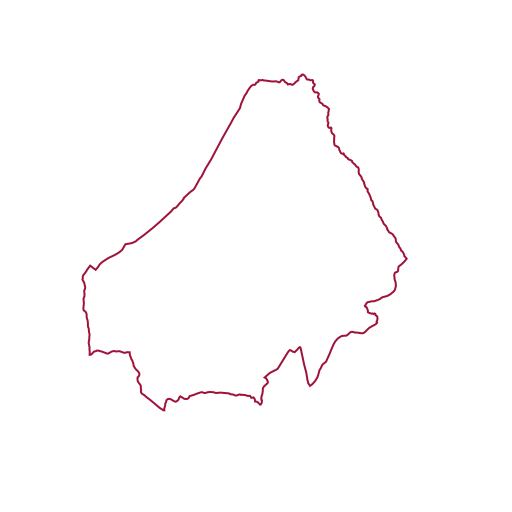 the district of Oshwe, Bandundu, Democratic Republic of the Congo, rotated 211°
{"feature_id": "63176286B4112889633509", "entity_name": "Oshwe", "entity_type": "district", "adm_level": 2, "iso_a3": "COD", "parent_name": "Democratic Republic of the Congo", "parent_adm1": "Bandundu", "projection": "robinson", "projection_center": [19.895, -3.147], "detail": "fine", "context": "isolated", "style": "outline", "palette": "rose", "viewbox_px": 512, "rotation_deg": 211, "n_neighbors": 0, "source": "geoboundaries", "source_scale": "gbopen_adm2", "svg_char_len": 6093}
<svg xmlns="http://www.w3.org/2000/svg" viewBox="0 0 512 512"><g transform="rotate(211 256 256)"><path d="M393.2,162.3L393.6,158.1L393.7,153.7L394.1,151.1L394.1,150.0L393.9,149.2L393.0,147.6L392.6,146.4L389.5,144.6L386.2,141.1L385.7,140.1L385.4,137.8L383.1,134.6L382.2,132.9L382.0,131.0L381.1,129.4L379.1,126.7L377.0,122.1L375.7,120.7L373.4,120.4L372.4,119.9L371.3,119.0L369.8,116.6L368.8,115.4L367.2,114.1L365.5,111.9L364.0,109.4L363.3,108.6L362.5,108.1L361.7,107.3L360.5,105.5L358.1,102.8L357.0,100.4L355.9,98.5L355.2,96.4L354.5,95.1L351.4,91.7L351.0,90.7L349.1,88.1L347.7,85.6L346.8,86.3L346.3,87.4L345.7,90.4L345.2,91.2L344.2,91.9L343.6,93.1L342.1,93.8L338.3,94.8L333.2,95.7L332.5,96.2L330.4,99.9L328.7,101.5L327.1,101.9L324.0,104.1L319.2,105.1L318.5,105.5L316.8,107.3L316.2,107.5L314.7,108.4L313.2,106.3L309.8,103.5L308.4,102.8L305.7,100.6L304.3,98.8L300.9,97.1L298.3,96.5L296.7,96.0L295.7,95.4L295.0,94.5L294.7,93.8L294.6,92.1L295.0,91.1L294.2,89.4L292.7,87.6L288.3,85.7L287.8,85.3L286.6,83.3L285.3,81.8L284.8,80.4L283.8,79.6L282.5,79.2L279.7,79.2L278.5,78.8L272.3,78.1L260.4,76.2L255.8,76.1L255.1,76.5L255.9,77.4L256.8,80.8L257.7,82.7L257.9,84.7L258.3,85.6L258.4,86.7L258.0,87.8L257.3,88.6L255.5,89.3L250.7,89.4L249.6,89.9L248.8,91.5L248.5,92.9L248.9,95.3L248.6,96.7L243.8,96.7L242.3,97.4L241.2,98.2L240.7,99.4L240.6,100.6L240.8,101.6L237.9,104.8L235.2,108.3L232.4,111.4L229.9,111.9L228.9,112.4L227.0,114.6L225.1,115.9L222.1,117.4L220.4,117.7L218.9,118.5L216.3,120.5L208.2,124.4L207.5,124.2L206.1,124.6L204.1,125.6L202.6,125.6L200.9,126.3L198.9,128.8L198.4,129.1L197.8,129.0L196.3,130.0L192.8,131.5L190.9,131.8L189.3,133.0L188.6,132.9L187.4,132.1L186.6,132.2L185.3,133.5L183.4,132.7L181.8,130.8L180.0,131.6L178.9,131.5L176.0,130.7L175.5,131.0L175.5,133.1L176.5,135.3L176.9,135.2L178.3,136.7L178.6,138.1L179.1,138.7L179.2,140.2L180.7,143.9L181.5,145.2L182.0,146.4L182.0,148.1L181.7,149.3L180.6,153.0L180.8,153.9L181.6,154.8L182.0,154.9L182.9,155.7L183.7,155.9L184.4,156.4L186.0,156.3L184.0,162.7L179.8,169.5L179.3,170.7L179.1,189.6L178.9,191.6L178.4,192.9L176.9,193.1L175.5,192.9L173.3,193.5L172.3,197.5L172.1,199.2L171.6,200.4L171.2,200.5L170.5,200.2L169.8,199.5L158.6,187.5L152.8,181.9L148.5,176.7L146.7,175.0L145.9,174.0L142.8,172.5L141.7,175.2L141.0,178.7L140.9,180.5L140.9,183.4L141.3,185.8L142.8,190.8L142.7,192.9L143.1,196.5L143.0,197.6L141.5,201.4L142.7,211.3L143.2,214.0L144.0,220.1L144.1,223.5L143.4,227.4L142.3,229.9L141.3,231.5L139.6,232.9L137.5,234.3L137.1,235.1L135.8,239.3L135.2,240.1L133.4,241.0L132.2,241.2L129.1,242.8L126.7,243.7L124.9,244.6L124.2,245.4L123.5,246.8L122.0,252.5L121.3,254.0L118.3,259.1L117.9,260.4L117.9,261.3L118.6,261.5L118.9,261.9L119.0,263.2L119.4,264.5L120.6,266.3L121.5,266.8L123.1,266.8L124.0,267.9L125.0,267.7L125.5,266.8L126.6,266.7L127.4,266.0L130.7,265.4L131.2,265.5L132.1,267.0L134.8,269.0L136.4,268.9L137.1,269.5L136.8,270.1L137.0,271.7L136.8,273.1L136.4,274.0L133.3,276.9L131.5,278.0L128.9,281.1L127.5,283.1L127.1,284.5L126.2,286.0L123.0,289.2L121.2,292.2L119.6,296.8L119.6,298.9L120.7,302.5L122.9,305.5L125.2,307.4L126.3,309.1L127.2,310.0L127.8,311.1L128.3,313.3L126.6,315.5L126.6,316.5L128.1,319.5L128.2,320.4L128.1,321.3L127.3,322.9L126.0,327.4L125.4,331.2L125.8,331.5L128.9,332.4L129.5,333.3L131.8,334.8L133.0,335.3L134.5,335.4L136.1,336.9L137.5,337.2L140.0,339.1L142.8,340.0L143.7,340.7L144.9,342.4L145.8,343.2L148.1,344.0L149.6,344.9L150.8,345.1L154.2,344.9L156.1,346.0L157.2,346.3L157.7,347.2L160.2,348.7L163.1,349.4L165.4,351.1L166.7,351.6L168.5,353.1L170.9,353.6L172.4,354.8L173.3,356.1L174.9,357.4L175.8,358.0L178.2,358.0L182.3,360.7L182.7,361.4L184.3,362.9L184.8,363.2L185.4,363.1L186.1,363.3L187.7,365.1L191.5,367.8L193.6,368.8L194.8,370.9L195.3,371.0L195.7,370.8L196.1,370.8L198.1,371.6L200.6,373.8L201.1,374.7L205.3,376.8L205.7,377.5L207.0,378.4L207.8,378.5L208.6,379.0L209.6,379.1L211.5,381.1L212.1,382.6L213.1,383.8L214.2,384.6L215.6,384.4L216.6,384.6L217.9,385.3L221.8,386.0L222.6,386.9L224.9,386.9L226.0,386.5L227.1,386.6L227.9,387.2L230.1,387.2L230.6,387.7L233.3,388.2L233.6,389.0L233.9,389.0L234.4,388.4L235.1,388.0L236.4,388.0L239.2,389.9L240.4,391.2L241.6,391.7L242.2,391.8L242.5,391.5L244.0,391.6L244.7,391.4L245.4,391.4L246.1,391.8L248.3,394.6L249.1,396.4L249.9,397.5L250.5,399.2L251.9,400.1L253.6,400.3L254.7,400.8L256.4,402.5L256.9,404.0L257.3,404.5L258.0,404.7L259.0,403.6L260.0,403.5L260.9,404.1L261.8,404.9L262.4,407.3L262.9,407.8L263.8,408.2L264.4,408.9L264.9,410.1L265.6,410.5L266.2,411.7L266.6,412.1L266.6,414.3L268.0,416.1L268.2,417.3L268.6,417.9L269.1,419.6L271.3,420.2L273.4,420.3L276.0,419.8L277.1,420.5L278.1,420.7L280.3,420.6L280.8,420.8L281.8,421.7L282.2,422.9L282.7,423.4L284.0,423.6L284.6,424.0L285.1,424.7L285.4,426.8L285.8,427.4L286.3,427.7L287.1,427.6L287.7,427.8L289.7,426.6L291.7,427.2L293.6,428.7L294.0,430.4L293.5,431.5L294.0,433.4L296.0,433.8L296.5,434.1L297.3,435.6L298.0,435.9L298.6,435.7L299.3,435.0L300.0,434.6L301.7,434.5L302.6,433.8L303.4,433.6L304.0,433.9L305.8,435.1L307.4,435.7L309.0,435.8L310.1,435.1L310.3,434.7L309.9,433.8L311.3,431.9L311.5,431.3L310.3,428.6L310.6,427.6L311.4,426.1L312.1,423.2L312.8,421.6L313.4,421.3L314.9,421.2L315.2,420.8L316.0,420.6L317.0,419.4L318.4,420.1L320.9,420.1L322.6,421.0L323.8,420.9L324.5,420.3L324.8,419.4L325.1,417.5L325.3,417.0L325.8,416.7L328.5,416.2L332.2,413.8L338.9,411.0L339.5,410.5L341.1,410.3L342.1,409.2L344.2,408.3L344.3,407.7L343.8,407.0L343.8,406.4L344.9,404.8L345.0,404.3L344.9,402.7L345.1,402.2L346.5,401.4L347.5,399.8L348.0,397.3L348.2,393.4L348.0,390.0L348.2,388.9L348.2,386.9L347.1,378.5L345.9,374.4L346.3,362.9L346.0,357.0L345.5,339.3L344.2,315.5L344.3,304.8L343.6,296.1L344.0,293.5L343.6,284.5L343.6,281.8L343.9,280.3L345.3,277.1L347.7,268.8L347.8,268.4L347.6,268.3L347.5,267.4L347.8,265.0L348.7,261.4L348.9,259.2L349.5,256.5L350.0,255.6L351.1,254.5L351.8,250.2L356.4,234.6L358.9,227.0L362.7,216.6L365.8,209.3L366.6,206.7L367.9,204.7L369.3,202.9L374.0,198.8L373.9,192.1L375.2,188.5L377.6,184.1L381.4,178.4L384.8,171.4L385.7,168.0L385.7,165.2L386.3,161.6L393.2,162.3Z" fill="none" stroke="#9f1239" stroke-width="2"/></g></svg>